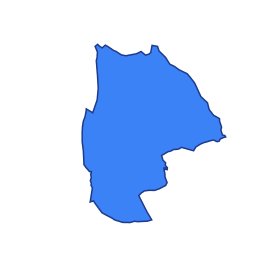 Girei, Adamawa, Nigeria (Albers equal-area conic projection), rotated 42°
{"feature_id": "59680162B61760155439631", "entity_name": "Girei", "entity_type": "district", "adm_level": 2, "iso_a3": "NGA", "parent_name": "Nigeria", "parent_adm1": "Adamawa", "projection": "albers", "projection_center": [12.503, 9.423], "detail": "fine", "context": "isolated", "style": "filled", "palette": "blue", "viewbox_px": 256, "rotation_deg": 42, "n_neighbors": 0, "source": "geoboundaries", "source_scale": "gbopen_adm2", "svg_char_len": 1915}
<svg xmlns="http://www.w3.org/2000/svg" viewBox="0 0 256 256"><g transform="rotate(42 128 128)"><path d="M186.9,201.9L188.4,200.7L190.7,198.6L192.6,197.1L195.3,192.9L197.8,191.2L204.8,184.2L207.1,180.4L197.8,177.5L181.3,171.1L181.3,167.8L181.7,166.1L182.2,163.9L185.1,160.5L186.6,159.1L189.5,156.6L191.9,152.3L194.4,145.5L193.6,142.4L188.4,139.7L185.8,137.1L182.3,134.6L181.4,133.7L182.3,132.6L182.7,132.5L182.9,133.0L183.6,133.7L185.0,132.7L183.9,131.2L180.6,130.7L179.2,128.7L175.5,128.5L172.5,126.6L171.3,125.9L172.4,122.9L173.1,120.5L173.6,118.9L174.5,117.6L175.3,116.3L175.8,115.0L176.2,113.5L177.9,111.9L179.8,109.6L180.7,106.6L192.0,101.0L191.5,98.6L191.1,96.7L192.5,91.8L194.0,88.4L195.8,85.6L198.8,80.7L200.3,79.3L201.9,79.1L203.4,78.5L204.5,76.9L204.2,75.5L203.9,74.4L205.2,71.5L206.6,69.3L205.0,68.8L202.8,70.0L198.3,67.3L197.3,65.2L196.7,64.6L191.6,61.7L189.7,59.8L183.0,61.3L176.0,60.0L170.2,56.1L161.1,55.9L147.7,50.1L146.3,49.8L140.2,48.7L135.9,48.1L135.7,48.1L126.9,50.6L121.6,51.1L117.3,52.3L116.3,52.6L108.6,50.4L99.6,50.0L95.3,47.6L90.6,50.5L94.4,56.7L94.2,58.9L92.3,62.1L86.5,62.4L84.6,67.2L78.1,75.7L74.2,78.1L67.8,79.1L65.5,80.0L62.2,80.4L58.2,81.0L55.7,81.6L55.2,85.8L51.5,86.3L49.5,86.1L48.9,89.3L54.6,92.1L55.8,93.8L57.9,96.3L59.3,99.1L69.9,109.1L79.3,118.4L86.3,127.8L91.6,140.3L84.2,141.7L85.6,143.5L88.5,148.3L90.4,153.1L93.3,157.5L97.2,162.3L103.4,169.1L105.5,170.9L106.8,172.0L110.7,175.4L111.0,175.7L111.0,175.8L117.4,182.2L119.9,184.8L121.1,185.0L121.3,185.0L121.5,185.1L122.0,185.1L122.5,185.4L123.2,185.5L124.3,185.6L126.3,185.8L127.4,186.0L128.3,186.1L128.7,186.0L129.2,185.8L129.9,184.9L130.7,185.8L131.1,186.8L131.1,187.3L133.8,189.3L135.3,192.4L137.7,193.6L138.9,195.4L141.4,196.2L142.7,198.0L149.4,208.3L151.1,205.3L155.1,206.3L165.3,208.4L170.2,207.3L176.9,205.5L178.9,205.4L181.3,204.5L183.5,203.4L186.9,201.9Z" fill="#3b82f6" stroke="#1e3a8a" stroke-width="1.5"/></g></svg>